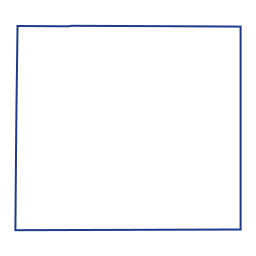 Rockwall, Texas, United States of America (Robinson projection)
{"feature_id": "52423323B26615713613896", "entity_name": "Rockwall", "entity_type": "district", "adm_level": 2, "iso_a3": "USA", "parent_name": "United States of America", "parent_adm1": "Texas", "projection": "robinson", "projection_center": [-96.442, 32.898], "detail": "fine", "context": "isolated", "style": "outline", "palette": "blue", "viewbox_px": 256, "rotation_deg": 0, "n_neighbors": 0, "source": "geoboundaries", "source_scale": "gbopen_adm2", "svg_char_len": 256}
<svg xmlns="http://www.w3.org/2000/svg" viewBox="0 0 256 256"><path d="M17.5,26.0L17.4,36.4L16.5,104.8L16.0,154.1L15.4,230.2L240.6,229.5L240.6,196.2L240.6,26.6L166.0,26.2L71.5,25.8L68.5,26.3L17.5,26.0Z" fill="none" stroke="#1e3a8a" stroke-width="2"/></svg>